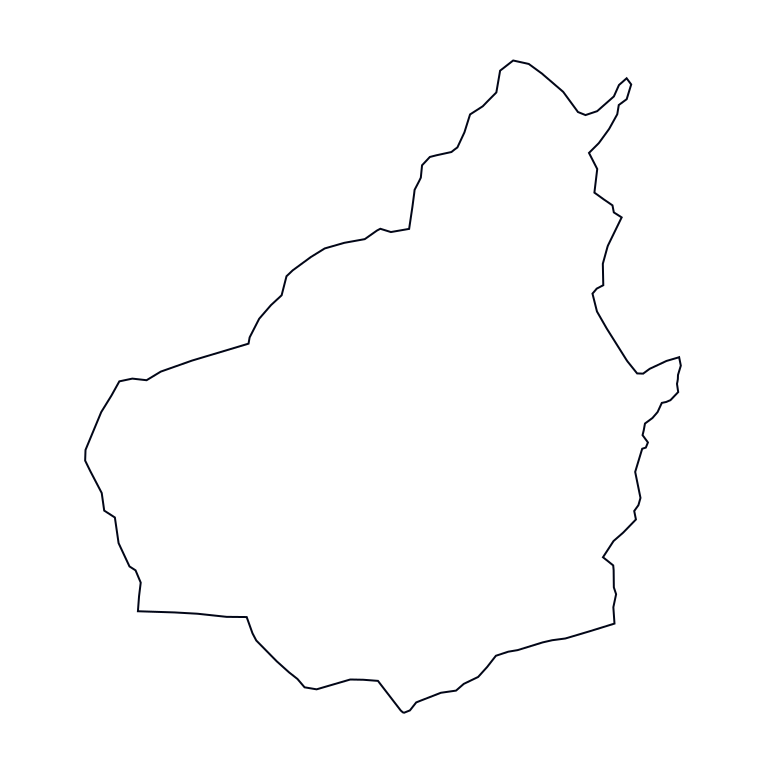 Mbam-et-Kim, Centre, Cameroon, rotated 182°
{"feature_id": "32672807B95944109326060", "entity_name": "Mbam-et-Kim", "entity_type": "district", "adm_level": 2, "iso_a3": "CMR", "parent_name": "Cameroon", "parent_adm1": "Centre", "projection": "natural_earth1", "projection_center": [11.781, 5.302], "detail": "fine", "context": "isolated", "style": "outline", "palette": "ink", "viewbox_px": 768, "rotation_deg": 182, "n_neighbors": 0, "source": "geoboundaries", "source_scale": "gbopen_adm2", "svg_char_len": 2141}
<svg xmlns="http://www.w3.org/2000/svg" viewBox="0 0 768 768"><g transform="rotate(182 384 384)"><path d="M355.9,58.3L353.7,56.5L352.4,56.2L346.7,58.7L340.7,66.9L335.7,69.1L316.4,77.4L301.3,80.1L293.8,87.1L279.7,94.5L273.9,101.4L271.1,104.7L262.7,116.3L250.5,120.8L241.2,122.7L216.4,131.3L207.0,133.8L193.9,136.0L170.3,143.9L156.5,148.7L145.3,152.6L147.0,168.9L144.7,182.0L147.2,188.8L148.0,206.0L148.6,210.7L159.1,218.5L149.1,235.1L139.8,243.8L127.5,257.4L129.5,265.8L125.5,271.8L123.7,279.1L129.9,304.9L123.7,328.3L120.1,329.6L118.2,334.8L123.8,341.9L122.8,346.8L121.8,353.6L114.5,359.4L109.6,365.5L105.7,374.8L101.3,375.9L98.6,377.2L97.2,377.8L89.7,386.2L91.2,394.4L90.8,396.7L90.5,399.2L90.5,403.3L88.0,412.7L90.0,421.1L91.3,420.6L102.5,416.9L118.9,408.5L120.6,407.2L125.4,403.4L131.4,403.4L141.4,415.0L142.5,416.5L163.0,446.7L163.9,448.1L173.7,463.9L178.8,481.6L175.6,485.6L174.8,486.7L168.3,490.4L169.5,511.8L165.5,528.6L165.1,530.0L152.3,558.8L160.3,563.5L161.9,570.5L170.7,576.1L180.4,582.6L178.4,606.3L187.2,622.1L178.4,631.5L177.6,632.4L169.3,644.7L167.9,646.8L160.3,661.7L159.1,671.0L151.4,677.1L147.4,692.0L152.2,698.0L159.6,691.0L164.3,679.4L180.5,664.1L192.0,659.8L199.7,662.6L200.6,663.8L215.1,682.2L235.6,698.6L236.5,699.4L250.5,708.9L253.1,709.4L266.2,711.8L278.9,701.2L279.4,697.5L281.9,679.3L290.4,670.1L295.0,665.0L307.4,656.4L312.4,638.3L318.9,623.0L321.8,620.7L324.7,618.2L339.6,614.4L346.1,612.5L353.6,603.9L354.4,591.5L356.1,587.7L360.2,579.1L360.5,575.3L361.8,561.9L364.3,539.9L382.4,536.1L393.1,539.0L396.4,537.1L408.3,528.1L428.6,523.7L448.0,517.4L461.6,508.3L479.2,494.4L485.2,488.3L489.4,469.1L499.7,458.9L511.0,444.9L519.9,425.9L520.8,419.6L576.7,400.7L607.5,388.6L621.4,379.5L635.7,380.6L648.6,377.4L656.0,362.9L665.6,346.1L680.0,307.7L680.0,297.0L674.5,286.7L662.3,265.2L659.2,247.7L648.3,241.2L643.7,215.7L632.0,192.8L625.8,189.1L620.2,177.0L621.4,163.3L622.0,148.3L585.6,148.4L562.4,147.9L533.2,145.8L513.1,146.3L506.7,130.2L502.7,123.2L481.5,103.1L468.7,92.4L460.2,86.2L452.8,78.1L440.7,76.5L427.4,80.9L407.4,87.5L394.5,87.7L379.7,87.1L355.9,58.3Z" fill="none" stroke="#020617" stroke-width="2"/></g></svg>